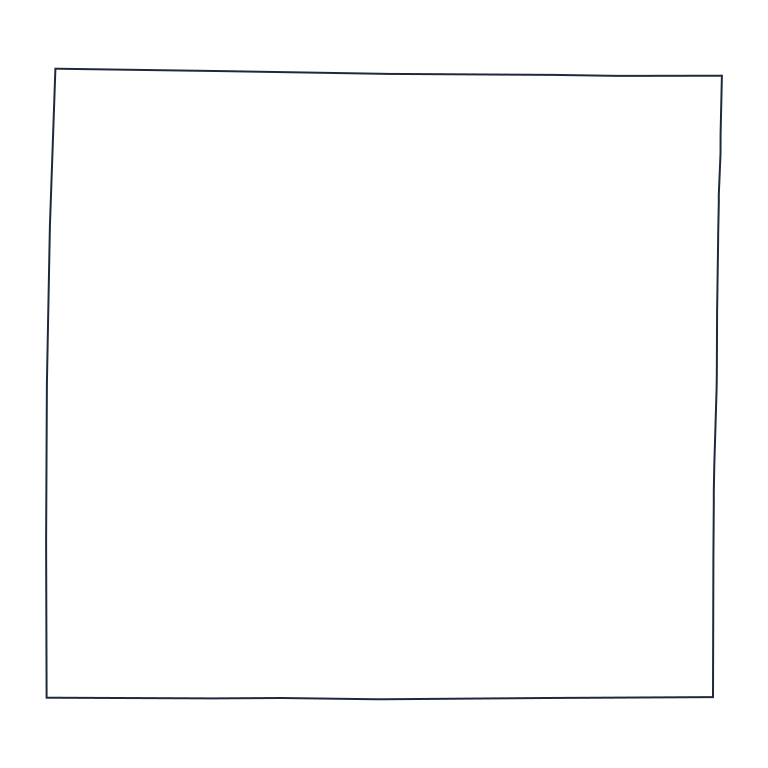 the district of Waukesha, Wisconsin, United States of America
{"feature_id": "52423323B1729669151935", "entity_name": "Waukesha", "entity_type": "district", "adm_level": 2, "iso_a3": "USA", "parent_name": "United States of America", "parent_adm1": "Wisconsin", "projection": "natural_earth1", "projection_center": [-88.197, 43.019], "detail": "fine", "context": "isolated", "style": "outline", "palette": "slate", "viewbox_px": 768, "rotation_deg": 0, "n_neighbors": 0, "source": "geoboundaries", "source_scale": "gbopen_adm2", "svg_char_len": 500}
<svg xmlns="http://www.w3.org/2000/svg" viewBox="0 0 768 768"><path d="M713.0,697.1L713.4,557.0L713.5,542.7L713.8,502.8L713.8,490.6L714.3,464.8L714.7,451.8L716.6,388.7L716.8,375.9L717.1,312.3L717.1,311.1L718.1,242.8L718.2,232.3L718.8,202.9L718.8,194.5L720.5,154.3L720.6,133.5L721.9,75.7L618.9,75.9L554.2,74.9L388.0,73.9L221.7,71.1L55.4,68.7L49.9,226.2L46.9,383.4L46.1,541.0L46.6,697.7L212.5,698.4L281.2,698.0L378.8,699.3L546.1,698.0L713.0,697.1Z" fill="none" stroke="#1e293b" stroke-width="2"/></svg>